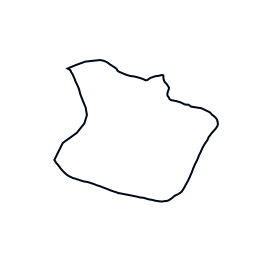 Jayshan, Abyan, Yemen (Albers equal-area conic projection), rotated 57°
{"feature_id": "15242507B52959296866890", "entity_name": "Jayshan", "entity_type": "district", "adm_level": 2, "iso_a3": "YEM", "parent_name": "Yemen", "parent_adm1": "Abyan", "projection": "albers", "projection_center": [46.198, 14.169], "detail": "fine", "context": "isolated", "style": "outline", "palette": "ink", "viewbox_px": 256, "rotation_deg": 57, "n_neighbors": 0, "source": "geoboundaries", "source_scale": "gbopen_adm2", "svg_char_len": 3137}
<svg xmlns="http://www.w3.org/2000/svg" viewBox="0 0 256 256"><g transform="rotate(57 128 128)"><path d="M177.4,171.7L177.6,171.1L178.2,170.5L186.9,161.5L188.3,160.1L189.5,158.8L190.8,157.5L192.3,156.2L193.5,154.9L194.6,153.4L195.9,152.2L197.2,151.1L198.9,149.7L200.1,148.4L201.2,147.1L202.6,145.8L204.0,144.6L205.2,143.2L206.4,141.8L207.6,140.4L208.6,138.7L209.2,137.2L210.1,135.6L210.8,133.6L210.8,132.0L210.8,130.1L210.6,128.3L210.3,126.6L210.4,124.4L210.7,122.7L210.8,121.0L210.8,119.3L210.6,117.6L209.9,116.0L209.0,114.0L208.2,112.5L207.3,110.9L206.4,109.2L205.5,107.5L204.7,106.0L203.7,104.5L202.9,103.1L201.9,101.7L200.8,100.0L199.8,98.5L198.7,97.0L197.6,95.6L196.6,94.1L195.5,92.5L194.5,90.9L193.5,89.2L192.7,87.7L191.6,86.1L190.6,84.8L189.6,83.3L188.6,81.6L187.7,80.1L186.7,78.6L185.7,77.1L184.8,75.6L184.3,74.6L184.0,74.0L183.2,72.4L182.6,70.9L181.9,69.3L181.1,67.4L179.8,65.8L179.1,64.1L178.6,62.6L177.9,60.9L177.5,59.1L177.0,57.3L176.5,55.5L175.9,53.9L175.1,52.1L174.1,50.8L172.6,49.9L171.0,49.3L169.4,48.8L167.6,48.8L165.9,49.2L164.1,49.7L162.4,50.4L160.8,50.5L159.1,51.0L157.6,51.9L156.0,52.9L154.5,53.7L153.1,54.6L151.6,55.5L150.4,56.7L149.3,58.1L147.9,59.5L146.9,60.7L145.7,62.0L144.6,63.3L143.0,64.0L141.4,64.6L140.4,66.0L139.3,67.4L137.8,68.4L136.2,69.2L134.6,70.4L133.1,71.7L131.6,73.0L130.4,74.3L129.2,75.5L127.9,76.8L126.3,77.4L124.5,77.1L122.9,77.3L121.2,76.8L120.0,75.6L118.8,74.3L117.9,72.9L116.6,71.7L114.9,71.6L113.2,71.6L111.5,71.7L109.7,72.1L107.9,72.0L106.2,71.5L104.7,70.7L103.1,69.7L101.8,71.0L101.4,72.7L100.8,74.2L100.0,75.7L99.3,77.4L98.9,79.0L98.5,80.7L98.2,82.3L98.2,84.0L98.3,85.7L97.5,87.4L95.8,88.3L94.4,89.3L93.1,90.3L91.6,91.6L90.2,92.8L88.9,94.0L87.7,95.3L86.5,96.7L85.4,97.9L84.1,99.1L82.7,100.2L81.4,101.2L80.0,102.2L78.5,103.1L77.1,104.1L75.7,105.0L74.1,105.6L72.4,105.4L70.7,105.8L68.9,106.7L67.4,107.3L65.9,108.0L64.4,108.7L62.8,109.2L61.9,109.5L59.9,110.7L58.4,111.8L56.6,113.5L55.7,114.6L49.0,127.8L48.9,128.4L47.0,136.7L46.8,137.5L45.2,146.3L47.9,144.9L48.0,145.0L49.2,145.0L49.4,145.1L50.5,145.2L51.7,145.2L53.0,145.2L54.3,145.5L55.8,145.7L56.5,145.8L57.1,145.9L58.5,146.2L60.1,146.6L61.3,146.8L62.6,146.9L64.0,147.1L65.3,147.3L66.6,147.5L68.2,147.8L69.4,148.2L70.6,148.5L71.9,149.0L73.4,149.5L74.7,149.8L76.0,150.1L77.2,150.4L78.7,150.6L79.6,150.9L87.6,152.3L94.8,155.4L100.4,162.1L104.2,173.7L104.9,188.5L105.1,191.0L114.7,207.2L114.8,207.2L116.2,207.2L117.4,207.2L118.6,207.2L119.8,207.0L121.2,206.7L122.5,206.7L123.7,206.6L124.9,206.6L126.5,206.4L127.8,206.2L129.0,206.0L130.3,205.7L131.5,205.4L132.8,205.1L134.0,204.7L135.2,204.2L136.6,203.5L137.6,202.9L138.9,202.1L140.0,201.4L140.9,200.6L141.8,199.8L142.8,199.0L143.9,198.1L144.9,197.3L146.0,196.4L147.0,195.6L148.0,194.7L149.0,193.9L149.8,193.0L150.7,192.0L151.6,191.1L152.5,190.3L153.5,189.5L154.6,188.6L155.6,187.8L156.6,187.0L157.8,186.2L158.8,185.5L159.8,184.7L160.7,183.9L161.8,183.0L162.8,182.3L163.9,181.6L164.9,180.8L166.0,180.0L167.0,179.3L168.0,178.5L169.1,177.8L170.3,176.9L171.5,176.1L172.5,175.3L173.4,174.6L174.3,173.8L175.3,173.0L176.2,172.2L177.4,171.7Z" fill="none" stroke="#020617" stroke-width="2"/></g></svg>